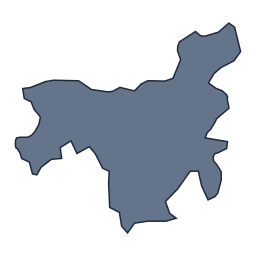 Dobele, orthographic projection
{"feature_id": "LVA-1082", "entity_name": "Dobele", "entity_type": "Municipality", "adm_level": 1, "iso_a3": "LVA", "parent_name": "Latvia", "parent_adm1": "", "projection": "orthographic", "projection_center": [23.182, 56.625], "detail": "fine", "context": "isolated", "style": "filled", "palette": "slate", "viewbox_px": 256, "rotation_deg": 0, "n_neighbors": 0, "source": "natural_earth", "source_scale": "10m", "svg_char_len": 1284}
<svg xmlns="http://www.w3.org/2000/svg" viewBox="0 0 256 256"><path d="M202.1,36.1L205.6,36.0L218.5,32.1L228.9,23.1L234.6,27.2L240.6,51.6L234.0,60.8L220.9,67.6L214.1,73.5L208.4,82.9L216.0,88.4L222.1,90.7L226.7,94.9L227.7,97.3L227.2,99.3L228.6,105.8L228.9,108.3L226.1,110.6L216.7,118.6L214.8,122.5L210.7,129.3L207.2,132.6L205.1,137.9L227.5,141.6L226.6,148.5L218.0,152.8L214.5,153.9L213.1,157.4L213.8,161.1L217.3,165.3L221.1,171.6L221.3,179.8L217.8,193.1L214.9,196.6L208.1,199.9L201.6,185.8L198.3,171.2L190.2,171.2L177.8,188.8L165.4,201.6L169.7,213.3L176.2,218.2L166.0,221.2L147.6,221.2L134.6,223.2L127.5,232.9L121.6,226.1L119.4,212.4L109.7,207.5L108.6,183.0L109.2,171.2L102.7,168.3L95.2,153.6L89.3,146.7L76.9,153.5L71.0,140.8L60.2,147.6L61.7,158.4L51.5,159.3L41.2,167.1L36.8,174.9L32.5,173.9L29.4,162.2L21.7,158.5L19.9,152.7L18.9,151.4L17.7,149.0L15.9,147.8L15.4,145.7L15.4,143.0L15.5,140.4L16.7,137.8L20.4,137.2L27.6,137.2L31.3,135.5L34.7,131.9L38.9,124.4L40.4,117.1L34.0,109.2L31.2,102.0L24.2,98.3L22.7,88.6L30.5,87.5L45.4,81.6L53.8,80.2L78.7,80.8L91.5,89.5L108.1,91.9L112.7,91.3L119.9,87.4L134.5,90.9L141.1,84.0L147.8,80.7L164.7,81.1L173.0,78.3L180.6,59.6L177.5,50.8L177.8,46.1L179.6,41.7L195.5,31.5L199.8,35.2L202.1,36.1Z" fill="#64748b" stroke="#1e293b" stroke-width="1.5"/></svg>